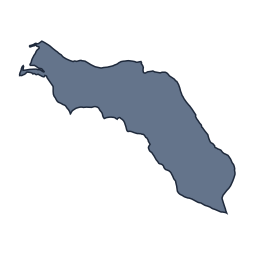 outline of Cristian, Sibiu, Romania, rotated 262°
{"feature_id": "2599482B42247101066007", "entity_name": "Cristian", "entity_type": "district", "adm_level": 2, "iso_a3": "ROU", "parent_name": "Romania", "parent_adm1": "Sibiu", "projection": "robinson", "projection_center": [23.992, 45.701], "detail": "fine", "context": "isolated", "style": "filled", "palette": "slate", "viewbox_px": 256, "rotation_deg": 262, "n_neighbors": 0, "source": "geoboundaries", "source_scale": "gbopen_adm2", "svg_char_len": 5832}
<svg xmlns="http://www.w3.org/2000/svg" viewBox="0 0 256 256"><g transform="rotate(262 128 128)"><path d="M204.3,32.9L203.8,32.2L203.2,31.6L202.3,31.1L201.4,30.6L200.8,30.5L200.4,30.3L199.6,29.9L198.7,29.4L198.0,28.9L197.3,28.6L196.0,28.1L195.9,28.2L195.5,28.1L195.0,28.0L195.0,28.6L194.7,30.1L195.2,31.5L195.6,33.1L196.3,34.3L197.0,35.1L197.3,35.5L197.3,36.5L196.6,38.8L196.3,39.7L195.7,40.7L195.0,41.2L194.7,41.4L194.8,41.6L195.1,42.3L195.0,42.7L194.8,43.1L193.8,44.1L193.6,44.6L193.6,45.1L193.7,45.6L193.7,46.6L192.9,47.6L191.6,49.5L191.1,50.1L190.5,51.3L190.4,51.6L190.4,52.1L190.5,52.3L191.6,53.1L190.8,54.5L189.0,54.9L179.6,59.6L177.5,59.4L174.9,59.0L173.5,58.9L171.8,58.8L171.0,59.0L169.9,59.2L169.1,59.6L168.0,60.2L166.5,60.7L164.8,61.4L164.2,61.8L163.5,62.3L162.9,63.1L162.5,63.9L161.7,65.1L160.9,66.1L160.2,67.0L159.9,67.6L159.5,68.3L158.8,69.1L158.0,69.6L156.9,70.1L155.7,70.7L155.2,71.1L154.5,71.6L153.5,72.0L152.3,72.5L151.2,72.7L150.0,72.9L150.2,73.2L150.8,73.6L151.2,73.8L152.2,74.7L152.7,75.1L153.2,75.9L154.0,77.5L154.6,78.9L154.8,79.3L154.9,80.0L155.0,80.7L155.1,81.3L155.3,83.2L155.3,84.0L155.2,84.6L155.1,85.2L154.9,86.0L154.6,86.5L154.5,88.9L154.5,89.6L154.0,92.1L153.6,94.2L153.5,94.8L153.7,96.2L153.8,96.9L153.9,97.5L153.8,98.3L153.7,98.8L153.5,99.4L152.8,100.8L152.1,101.5L151.6,101.9L150.7,102.2L149.8,102.5L148.6,103.2L147.6,103.8L147.0,104.1L146.2,104.4L145.2,104.6L143.6,104.7L142.3,105.0L141.4,105.4L140.7,105.8L141.0,107.1L141.2,107.7L141.3,108.6L141.3,109.4L141.3,110.5L141.3,111.4L141.1,113.0L140.7,114.4L140.5,115.4L140.3,115.8L139.9,116.6L139.0,117.4L138.6,118.0L138.2,118.5L138.7,118.8L139.1,119.5L139.6,120.9L139.3,121.6L138.3,122.3L137.5,123.3L136.8,123.9L135.4,124.8L133.6,125.4L131.7,125.7L130.3,126.0L128.7,126.2L126.6,126.4L126.3,126.5L125.4,126.7L124.8,127.2L124.6,127.4L124.5,127.8L124.5,128.2L124.6,128.7L124.3,129.9L124.2,130.4L123.5,131.8L122.9,132.8L121.8,135.1L121.2,136.4L121.1,137.4L120.8,138.4L120.7,139.5L119.8,141.2L119.7,141.9L119.6,142.2L119.2,142.7L118.9,142.9L118.2,143.4L116.7,144.1L116.4,144.2L116.2,144.3L116.0,144.6L115.8,144.9L115.6,145.2L114.3,145.8L112.9,146.3L112.0,146.3L110.8,146.8L109.8,147.2L108.8,147.6L108.6,147.5L107.7,146.6L106.2,145.6L105.8,145.5L105.5,145.6L105.0,145.5L102.7,146.1L102.1,146.4L101.0,147.4L100.6,148.0L96.5,150.0L92.6,151.5L92.0,151.9L91.0,152.5L90.3,152.9L88.7,153.6L88.0,154.7L87.9,155.2L87.6,155.8L87.2,156.5L86.7,157.0L85.9,157.6L85.1,157.9L84.5,158.0L83.9,158.1L83.4,158.3L82.5,158.8L81.8,159.3L81.5,159.7L81.2,160.3L80.3,162.0L79.8,162.7L79.2,163.2L78.7,163.7L78.2,164.0L77.7,164.3L75.4,165.1L74.0,165.6L72.0,166.1L71.4,166.3L70.9,166.5L70.5,166.7L69.8,167.2L69.3,167.5L68.8,167.7L66.9,167.8L63.7,168.1L61.6,168.1L59.0,168.1L58.6,168.1L58.1,168.3L57.6,168.5L57.1,168.8L56.6,169.0L56.0,169.5L55.4,170.0L54.7,170.8L53.9,172.1L52.1,174.2L51.4,175.5L50.4,177.5L50.1,178.7L49.9,179.2L48.7,181.5L47.3,183.4L45.3,186.1L44.8,186.8L44.4,187.5L44.1,188.3L43.8,189.3L43.5,189.9L41.9,191.9L40.9,193.2L40.5,193.9L40.2,194.5L39.6,195.9L38.8,197.3L38.5,197.9L37.8,198.8L36.9,199.8L36.2,200.8L35.2,202.9L34.9,203.4L33.2,206.2L32.1,208.0L31.7,209.3L31.7,209.8L30.9,212.2L30.4,213.4L30.0,213.9L32.6,213.3L34.1,213.2L36.7,212.7L40.7,212.0L44.6,211.4L45.7,211.4L48.3,212.8L49.3,213.9L52.4,217.1L54.3,219.5L56.6,221.6L58.8,223.0L61.0,224.4L63.8,225.9L67.0,227.4L68.6,227.7L71.9,227.6L72.5,228.0L74.5,227.9L75.9,227.7L77.2,227.4L79.1,226.3L82.8,225.3L85.3,224.1L87.0,223.2L88.5,221.0L89.5,219.4L90.8,218.2L92.0,217.5L93.0,217.0L93.8,215.9L94.7,214.2L95.9,212.7L96.5,211.6L97.1,211.3L98.4,211.3L100.7,209.8L101.2,209.1L101.7,208.3L102.9,207.5L105.0,206.9L106.8,206.5L110.3,206.1L114.3,203.7L117.3,202.1L118.0,201.8L118.7,201.1L119.9,201.1L121.2,200.8L122.7,199.7L125.5,198.4L127.3,197.4L129.8,196.5L131.6,196.9L137.6,194.1L141.3,192.1L142.4,191.3L145.5,189.4L149.2,187.5L151.3,186.8L152.7,186.1L154.8,185.7L157.0,185.2L160.5,184.8L163.9,184.1L167.3,182.8L168.3,181.5L168.9,181.3L169.9,180.7L172.4,177.9L173.9,176.2L175.4,175.4L176.8,174.4L177.9,173.0L178.1,172.2L178.5,169.5L178.1,167.6L179.4,163.6L179.9,162.1L181.0,160.6L180.9,159.4L180.9,155.3L180.0,152.8L180.2,151.8L181.0,151.0L183.2,150.9L184.8,151.3L185.8,151.6L187.4,151.3L189.3,150.5L189.8,150.1L190.2,150.3L190.6,150.5L191.6,150.2L192.0,150.1L192.0,149.2L191.8,146.4L192.0,145.2L192.8,144.0L193.5,141.9L194.6,137.9L194.7,136.6L194.7,134.1L194.8,132.6L194.7,130.4L194.2,129.0L194.0,128.3L193.6,127.5L193.1,126.7L192.6,125.3L192.2,123.3L191.7,122.0L191.5,120.3L191.3,118.0L191.1,116.0L191.3,112.3L191.2,111.4L191.1,109.7L191.5,108.6L192.5,105.9L193.2,104.0L194.4,102.2L195.9,100.0L198.4,97.0L199.4,95.7L200.1,94.9L200.5,93.7L200.8,92.6L201.0,91.7L201.4,91.2L201.6,90.0L201.3,87.8L201.1,86.4L201.5,85.4L201.8,84.3L201.6,83.3L201.4,82.9L202.0,81.7L203.0,79.7L205.0,76.5L207.0,74.0L207.9,73.2L209.8,72.0L210.5,71.1L211.8,69.7L213.1,68.7L214.5,67.2L217.1,64.7L218.6,63.4L220.2,62.0L221.8,60.2L224.1,57.4L225.8,55.1L226.0,54.7L225.0,53.0L224.2,51.4L224.0,50.4L224.1,49.6L224.5,49.0L224.7,48.3L224.6,47.8L224.0,46.5L223.6,45.2L223.3,43.0L223.3,42.3L222.9,41.9L222.4,41.9L221.9,42.2L221.9,42.8L222.1,43.6L222.5,45.4L222.4,46.0L222.4,46.4L222.8,47.5L223.1,48.0L223.1,48.4L222.8,48.6L222.2,48.7L221.7,49.1L221.3,49.7L220.8,51.0L219.6,51.2L218.9,50.5L218.0,49.0L216.6,47.7L214.7,46.6L213.0,45.0L211.0,43.6L209.9,42.8L208.4,42.0L206.2,41.1L205.2,40.2L204.2,39.7L203.6,40.1L203.4,41.7L203.2,42.6L203.1,43.9L202.5,44.7L201.6,45.9L200.5,46.9L199.8,47.8L199.3,48.9L198.9,50.3L198.7,50.7L198.2,51.1L196.7,52.0L196.1,52.5L195.7,52.7L195.4,52.8L195.2,52.5L195.3,52.1L196.3,50.8L197.2,49.9L198.1,48.5L198.3,47.3L198.3,46.9L198.5,46.4L198.8,45.9L199.1,45.1L199.4,42.6L199.5,41.0L199.7,39.0L199.6,34.2L199.7,33.1L199.7,32.1L200.3,32.1L203.5,33.2L204.3,32.9Z" fill="#64748b" stroke="#1e293b" stroke-width="1.5"/></g></svg>